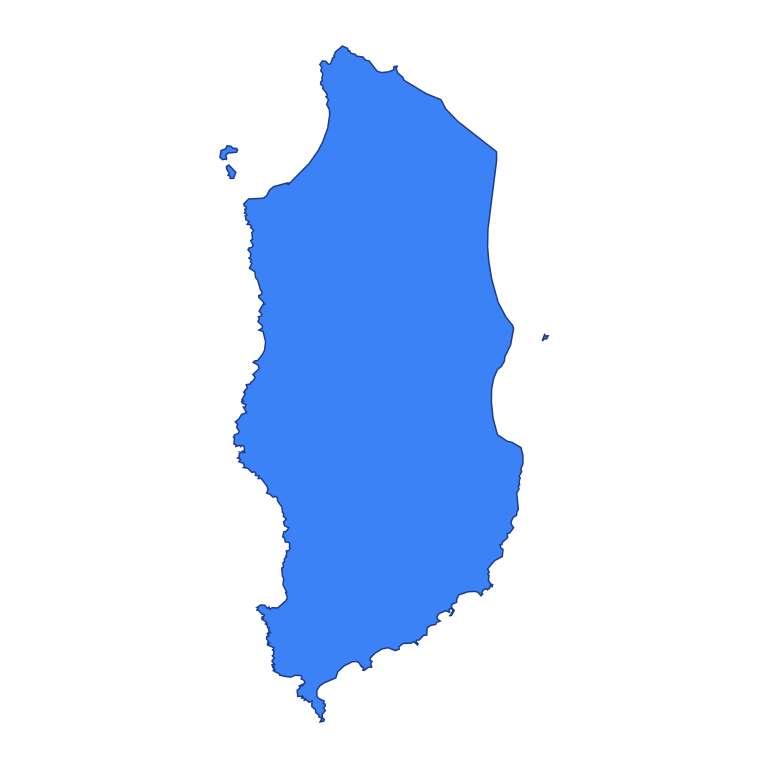 King Island, Tasmania, Australia (Robinson projection)
{"feature_id": "25037944B96070195853153", "entity_name": "King Island", "entity_type": "district", "adm_level": 2, "iso_a3": "AUS", "parent_name": "Australia", "parent_adm1": "Tasmania", "projection": "robinson", "projection_center": [143.932, -39.872], "detail": "fine", "context": "isolated", "style": "filled", "palette": "blue", "viewbox_px": 768, "rotation_deg": 0, "n_neighbors": 0, "source": "geoboundaries", "source_scale": "gbopen_adm2", "svg_char_len": 6079}
<svg xmlns="http://www.w3.org/2000/svg" viewBox="0 0 768 768"><path d="M252.0,247.3L248.8,248.1L248.0,249.7L250.7,253.1L250.4,257.0L248.9,258.1L251.4,260.1L250.4,261.7L251.9,263.4L249.4,268.2L254.8,271.6L255.6,277.6L257.7,280.2L260.5,290.1L261.6,290.7L261.6,294.5L258.7,295.6L258.8,297.4L263.5,302.1L263.5,304.1L264.1,303.7L264.5,304.0L262.9,304.7L259.1,311.1L261.8,314.3L261.1,316.0L258.3,316.9L259.4,319.0L257.9,321.6L262.5,325.9L262.1,328.2L258.9,330.1L263.1,331.5L265.6,341.7L264.6,350.1L262.5,354.4L257.6,360.6L254.9,360.8L253.2,362.4L258.1,365.0L259.1,368.7L252.9,374.6L255.3,377.3L252.6,381.4L250.9,382.1L250.4,384.0L246.3,384.7L247.3,388.1L244.7,390.5L244.8,392.3L243.8,392.2L245.0,394.4L241.8,399.9L243.6,401.0L241.6,401.7L242.4,403.3L246.0,404.7L245.1,407.2L243.4,407.1L246.6,412.7L241.6,414.4L238.8,419.2L235.3,421.8L237.6,424.2L236.7,427.5L239.4,431.4L238.1,433.5L234.6,434.9L233.4,437.2L234.5,438.3L233.9,444.0L236.0,444.8L235.8,446.5L239.5,445.3L240.8,446.7L241.9,445.4L244.1,446.2L244.5,451.1L242.8,451.2L244.3,452.5L240.1,452.2L240.7,452.6L239.2,453.9L239.1,456.9L237.6,458.0L240.6,459.2L238.9,461.7L243.4,463.4L244.6,466.6L243.4,467.5L247.7,468.2L251.8,472.3L254.6,471.8L255.8,473.5L255.4,475.4L259.0,475.9L258.2,478.5L261.3,478.5L267.3,486.7L268.0,490.0L266.6,493.1L270.1,494.3L272.9,497.1L275.8,496.5L277.5,498.2L277.5,500.7L281.9,507.1L282.5,512.4L283.8,514.0L283.3,516.4L286.4,518.8L283.5,522.0L284.5,525.6L288.9,528.0L285.8,531.6L283.8,531.8L282.8,536.9L284.5,538.1L285.4,542.1L288.3,542.0L289.7,543.5L289.4,547.5L290.2,548.1L289.0,550.5L286.4,550.9L286.8,554.6L285.7,556.1L286.5,556.8L284.4,558.8L284.4,562.2L283.0,562.7L283.3,567.3L281.7,568.1L282.5,576.5L283.7,578.2L283.0,584.8L286.7,592.2L285.7,592.5L287.4,597.8L285.8,600.8L277.8,607.9L271.9,607.8L269.8,609.4L269.0,607.0L267.2,608.4L264.7,605.3L260.9,604.9L257.0,607.5L257.9,607.7L257.0,610.2L258.7,610.5L261.8,614.1L264.1,614.4L264.3,615.7L262.2,617.0L263.2,617.9L261.9,618.2L262.1,619.4L263.0,618.7L263.0,619.8L266.5,622.4L265.7,623.5L267.2,623.4L266.3,623.7L265.6,624.9L266.9,624.0L267.7,627.7L269.2,627.8L268.5,630.1L270.2,632.3L268.7,632.2L267.9,633.2L268.8,633.6L267.4,633.8L268.8,636.1L266.8,636.5L266.5,638.8L268.3,641.0L267.5,643.6L269.2,643.1L267.8,645.1L274.2,647.8L272.5,650.0L273.9,650.9L273.6,654.4L272.3,655.8L274.4,658.3L271.7,660.7L272.7,660.2L272.1,661.5L274.5,664.3L272.0,664.7L272.6,666.6L273.9,666.5L273.0,667.6L274.2,668.7L273.8,668.5L273.2,668.9L274.0,668.8L273.4,670.3L274.7,669.9L274.3,671.4L279.4,673.7L279.6,675.1L285.1,676.4L290.9,677.1L294.9,675.3L301.1,675.6L301.9,676.8L301.1,678.9L304.1,680.3L304.8,683.3L301.3,685.0L303.0,685.1L302.5,685.9L299.3,685.9L300.1,687.9L297.2,690.2L297.7,696.4L302.1,696.2L301.7,697.8L303.1,696.9L303.2,698.5L304.9,698.6L304.4,700.2L306.1,699.6L309.1,702.3L312.0,701.1L311.8,706.5L315.4,709.7L315.9,712.7L318.6,714.7L319.0,717.0L321.2,717.9L322.4,717.2L322.0,714.6L325.4,710.5L323.5,708.0L325.2,706.2L325.1,704.2L323.5,703.5L324.1,701.0L318.4,698.3L316.9,696.2L316.9,690.3L319.6,686.1L324.0,682.9L335.8,677.9L337.8,671.6L344.1,665.9L352.1,661.8L356.4,661.5L359.0,662.7L361.5,666.8L362.6,666.2L362.1,666.9L363.6,667.4L362.9,670.2L364.4,670.3L368.2,667.3L371.7,667.1L370.7,663.4L372.0,661.4L370.1,660.3L370.3,657.9L375.1,653.1L382.0,648.9L388.1,647.7L395.4,650.6L399.3,649.1L398.8,646.9L403.1,643.4L411.3,643.1L414.0,641.7L417.5,645.0L418.0,643.8L416.0,641.6L416.7,640.2L419.3,639.9L423.6,635.3L426.8,635.0L427.1,627.9L430.7,625.3L435.6,624.5L436.6,622.4L440.2,621.0L437.5,619.2L436.9,617.2L438.7,613.7L445.8,610.7L449.6,612.3L449.2,609.1L451.7,608.3L452.9,610.9L450.6,615.2L449.1,615.9L451.5,615.4L454.2,610.5L451.5,607.3L451.7,604.4L456.6,602.3L456.7,599.1L458.7,594.9L467.9,591.8L474.9,591.4L477.8,592.2L481.1,595.8L482.7,593.9L481.6,592.9L483.6,589.6L486.6,588.8L487.5,589.8L489.8,587.9L490.3,585.6L492.1,586.7L492.6,584.6L490.7,584.0L488.4,580.4L489.1,575.4L487.7,574.1L489.2,572.4L487.7,568.7L494.6,560.6L502.3,556.5L503.0,549.3L501.2,548.5L499.8,544.8L501.9,544.6L502.4,542.2L506.8,538.5L507.7,537.1L507.2,533.7L509.8,532.9L513.6,527.7L511.2,524.2L511.1,521.6L513.3,517.2L516.5,515.5L516.9,511.5L517.9,510.5L518.3,509.2L516.7,492.9L519.0,489.0L518.3,486.0L519.6,484.9L519.0,481.8L520.2,478.0L519.1,476.4L521.6,471.6L520.9,468.9L522.9,463.8L522.9,455.2L520.9,447.5L512.0,442.4L506.9,441.1L497.4,434.6L493.1,418.5L491.4,402.4L491.6,388.9L493.8,378.0L497.4,369.6L501.5,366.2L504.3,361.3L504.9,356.7L510.6,344.9L513.6,328.5L512.6,325.4L506.0,317.2L498.1,302.3L491.6,278.7L488.8,261.4L487.6,247.4L487.9,229.5L496.6,160.5L496.5,151.7L457.6,121.3L445.7,108.9L441.0,99.7L426.2,93.7L404.0,80.3L402.9,77.5L397.6,72.7L396.0,67.9L397.2,66.7L397.1,66.1L393.9,66.7L393.6,69.9L388.6,71.8L381.5,72.6L377.1,71.2L369.1,60.9L365.4,60.2L363.0,57.0L356.5,56.1L355.6,54.5L350.5,53.0L349.6,50.7L348.2,50.9L347.6,48.4L342.4,46.1L335.4,52.0L333.9,55.7L334.5,56.9L332.7,57.9L330.5,64.0L328.3,64.2L326.0,61.4L322.5,60.9L319.8,64.5L321.8,67.2L320.8,70.9L323.0,73.7L321.8,78.3L322.4,80.9L321.0,81.4L320.6,84.2L323.1,86.3L322.7,88.5L327.0,93.8L327.1,96.1L326.0,96.6L328.5,99.6L326.6,104.4L329.3,109.3L329.7,114.5L327.8,127.9L322.6,142.2L318.0,150.9L309.1,163.6L288.5,184.4L287.5,184.1L288.3,183.0L287.0,183.0L273.7,186.6L269.5,190.1L266.7,195.7L263.3,198.2L248.6,199.0L243.8,204.0L244.3,206.0L246.4,207.2L246.2,208.9L244.8,209.2L245.4,211.4L244.5,213.2L246.6,213.9L246.7,215.5L245.2,215.7L245.9,219.6L248.9,221.5L247.2,224.4L250.2,224.7L251.4,226.7L250.6,227.6L253.7,230.1L251.8,232.5L252.5,239.1L250.6,240.7L253.3,245.4L252.0,247.3ZM219.9,157.3L222.4,159.6L226.2,159.0L226.2,160.0L226.7,158.7L225.7,155.6L227.8,153.1L236.5,152.2L237.6,150.0L236.3,148.3L233.3,148.5L231.0,146.4L227.1,145.7L225.7,148.8L221.1,150.5L219.9,157.3ZM235.8,172.3L228.9,165.0L226.4,166.6L226.8,169.5L229.3,173.3L228.0,175.3L230.3,176.3L230.1,178.4L233.6,178.4L235.8,172.3ZM544.6,334.6L543.5,337.3L542.3,341.0L544.5,338.7L546.6,338.9L548.1,335.8L545.6,336.0L544.6,334.6ZM323.6,721.2L324.4,719.7L322.3,717.5L320.1,721.9L323.6,721.2Z" fill="#3b82f6" stroke="#1e3a8a" stroke-width="1.5"/></svg>